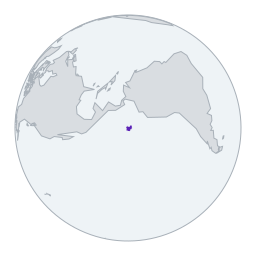 the Earth from above Galápagos, rotated 298°
{"feature_id": "ECU-1270", "entity_name": "Galápagos", "entity_type": "Province", "adm_level": 1, "iso_a3": "ECU", "parent_name": "Ecuador", "parent_adm1": "", "projection": "orthographic", "projection_center": [-90.747, 0.131], "detail": "fine", "context": "on_globe", "style": "filled", "palette": "violet", "viewbox_px": 256, "rotation_deg": 298, "n_neighbors": 0, "source": "natural_earth", "source_scale": "10m", "svg_char_len": 7720}
<svg xmlns="http://www.w3.org/2000/svg" viewBox="0 0 256 256"><g transform="rotate(298 128 128)"><circle cx="128" cy="128" r="113" fill="#eef3f6" stroke="#a8b0b8"/><path d="M19.8,159.2L20.0,160.0L19.8,159.2ZM152.2,112.0L149.6,110.8L147.1,114.1L137.8,108.8L134.2,102.3L104.4,92.9L101.0,89.8L100.6,84.6L89.0,68.8L94.8,83.9L90.6,81.1L87.0,75.8L88.7,74.3L85.8,66.8L81.8,64.2L80.4,55.3L86.1,44.2L87.5,45.6L88.7,43.1L87.0,41.3L85.5,40.8L87.2,32.4L82.4,29.7L77.5,31.4L81.2,29.3L69.7,34.7L65.0,36.4L72.4,33.0L74.8,31.6L72.6,31.8L74.5,30.5L74.5,30.0L77.0,28.5L81.2,27.0L82.9,26.1L81.2,26.4L82.7,25.4L84.9,25.0L87.7,23.3L95.1,21.3L98.9,23.0L105.1,21.9L114.5,24.1L115.7,23.2L120.0,23.9L123.0,23.2L123.9,24.2L125.6,22.9L124.2,22.2L124.4,21.5L126.1,21.1L127.5,22.1L126.9,22.4L128.1,22.6L128.1,23.3L129.1,22.8L130.6,24.3L131.5,22.3L134.8,23.2L135.1,24.3L131.9,24.8L124.7,29.7L124.0,31.6L126.3,33.6L137.5,35.7L138.1,37.9L141.3,40.4L142.4,38.7L140.3,36.3L143.2,34.2L140.4,31.8L141.1,30.7L139.5,28.4L143.2,28.3L147.7,29.5L149.3,31.6L151.3,32.4L152.6,30.2L158.2,34.4L166.6,37.8L167.7,39.2L164.8,41.5L157.7,41.6L153.9,46.0L159.9,42.8L162.5,46.8L164.4,47.5L166.3,47.3L166.7,45.8L168.3,47.2L163.0,50.6L161.4,49.3L163.1,48.1L159.8,48.3L156.3,51.2L157.9,53.3L150.8,56.5L151.9,58.2L150.9,60.1L149.7,57.1L151.8,62.7L143.7,69.5L146.3,80.3L140.0,72.0L135.4,71.2L130.0,71.6L130.3,73.3L122.7,72.4L116.5,76.4L115.1,85.2L118.4,91.9L126.8,91.8L128.9,87.9L134.8,86.9L131.4,97.4L141.9,98.6L141.4,106.6L144.5,110.6L149.5,109.4L154.8,111.3L158.2,106.6L163.8,104.0L164.3,110.5L167.1,104.5L170.5,107.6L181.4,107.3L180.7,108.8L190.0,116.5L199.3,119.9L201.5,124.8L200.5,127.8L203.6,128.7L203.6,130.6L215.1,133.8L220.4,138.9L219.8,145.8L214.6,153.6L207.8,170.2L197.8,175.6L193.9,182.2L183.9,191.8L178.0,191.0L178.3,195.8L173.9,198.6L169.8,198.8L167.9,202.1L164.7,202.2L166.0,204.4L159.4,208.6L159.5,212.0L154.3,215.4L154.4,217.3L153.0,217.3L151.1,218.0L150.5,219.1L146.8,217.2L147.4,212.8L150.0,210.5L148.1,210.1L153.8,204.1L151.2,205.3L154.5,196.2L159.4,188.6L165.3,166.3L163.5,161.8L155.7,156.7L146.5,140.3L149.4,133.5L147.2,130.3L154.5,120.7L152.2,112.0ZM31.5,91.6L32.1,89.1L32.5,90.5L31.5,91.6ZM32.0,87.7L31.9,88.5L31.9,87.9L32.0,87.7ZM31.7,87.3L31.9,87.6L31.6,87.5L31.7,87.3ZM31.1,87.2L31.5,87.1L31.4,87.2L31.1,87.2ZM146.2,84.0L158.1,89.2L151.8,90.0L152.9,88.9L149.8,86.8L144.2,84.9L138.5,86.2L146.2,84.0ZM30.6,86.1L30.5,85.8L30.9,85.5L30.6,86.1ZM150.5,77.8L148.5,77.5L150.4,77.4L150.5,77.8ZM84.5,40.9L86.7,41.5L87.6,43.8L85.6,43.4L84.5,40.9ZM83.1,37.2L84.7,36.8L83.2,39.1L82.8,38.6L83.1,37.2ZM73.6,33.1L75.0,33.0L73.0,33.6L73.6,33.1ZM74.1,30.2L73.1,30.7L73.5,30.3L74.1,30.2ZM137.5,28.6L138.5,28.5L138.3,29.0L137.5,28.6ZM135.9,27.8L135.0,28.5L134.1,28.2L134.7,27.8L135.9,27.8ZM77.8,27.7L78.9,27.0L78.5,27.4L77.8,27.7ZM137.2,27.1L132.6,27.7L131.1,27.3L131.9,25.4L137.2,27.1ZM79.9,26.4L82.4,25.0L80.4,25.9L87.6,22.9L83.1,24.8L83.0,25.1L81.7,25.6L79.9,26.4ZM123.0,22.1L124.6,22.9L121.8,22.7L123.0,22.1ZM121.2,22.2L112.2,23.3L110.7,22.3L114.0,22.0L110.9,21.2L114.6,20.2L117.2,20.4L117.4,21.2L118.6,20.2L121.2,22.2ZM91.2,21.6L92.4,21.1L91.9,21.3L91.2,21.6ZM124.3,21.2L122.6,21.4L121.2,20.5L124.4,19.9L123.8,20.4L124.3,21.2ZM108.3,21.6L107.8,21.0L110.7,20.0L110.9,19.6L114.6,20.1L108.3,21.6ZM125.0,20.4L126.0,19.7L128.1,19.9L125.9,20.9L125.0,20.4ZM119.6,20.5L119.1,20.1L120.4,20.1L119.6,20.5ZM136.3,20.5L134.3,20.5L133.4,20.0L136.3,20.5ZM126.2,19.5L125.5,19.4L124.9,19.3L126.0,18.9L126.2,19.5ZM116.3,19.4L117.6,19.2L115.0,19.1L117.0,18.5L119.1,19.0L119.1,18.6L119.7,18.4L120.7,19.0L116.3,19.4ZM125.4,18.2L128.8,19.0L132.6,18.9L133.5,19.3L127.1,19.3L125.4,18.2ZM122.6,18.6L124.5,18.4L124.6,18.9L123.4,19.3L122.6,18.6ZM117.6,18.0L114.0,18.8L113.6,18.7L117.6,18.0ZM126.5,18.1L125.6,17.9L126.7,18.0L126.5,18.1ZM120.3,17.9L119.1,18.1L118.7,18.0L120.3,17.9ZM125.0,17.5L126.1,17.7L125.3,17.9L125.0,17.5ZM122.9,17.6L122.7,17.4L124.3,17.9L122.3,17.7L122.9,17.6ZM120.2,17.7L119.6,17.7L120.8,17.6L120.2,17.7ZM127.5,16.7L129.8,17.4L128.0,17.8L126.0,17.1L127.5,16.7ZM152.4,221.1L146.9,217.9L150.2,219.4L153.7,217.7L156.2,220.1L152.4,221.1ZM162.3,216.7L165.7,215.8L166.1,216.3L163.9,217.1L162.3,216.7ZM216.0,57.6L218.3,60.7L218.9,61.9L217.2,60.4L209.4,51.2L209.0,49.7L206.2,47.0L202.2,43.4L202.4,43.5L200.7,42.0L200.5,41.8L208.6,49.3L216.0,57.6ZM87.9,22.8L87.6,22.9L80.4,25.9L80.1,26.0L87.9,22.8ZM76.2,28.0L75.6,28.3L76.2,28.0ZM240.1,116.9L239.4,119.5L237.8,114.6L232.2,99.4L231.2,93.1L228.4,86.1L219.0,62.2L220.1,63.1L219.7,62.6L224.3,69.6L228.4,76.9L231.9,84.5L234.8,92.3L237.2,100.4L239.0,108.6L240.1,116.9ZM225.7,73.7L226.8,75.7L225.7,73.7ZM181.8,107.2L183.1,108.4L181.4,108.5L181.8,107.2ZM151.2,92.6L153.6,92.7L154.9,93.6L153.1,94.0L151.2,92.6ZM170.8,92.4L173.5,93.0L170.8,93.5L170.8,92.4ZM159.9,89.9L168.7,92.3L163.6,94.2L158.0,92.8L161.7,92.2L159.9,89.9ZM149.9,81.4L151.4,81.8L151.1,82.9L149.9,81.4ZM151.9,77.8L151.4,77.9L150.5,77.0L151.9,77.8ZM162.8,46.6L163.3,46.4L165.3,46.5L164.6,47.2L162.8,46.6ZM172.9,43.8L175.3,46.2L173.1,44.8L172.5,45.9L167.3,44.6L168.0,39.8L168.6,42.1L172.9,43.8ZM160.4,41.9L163.7,43.0L160.1,42.0L160.4,41.9ZM191.9,35.6L193.1,36.2L195.3,37.9L196.7,39.5L193.6,37.0L191.9,35.6ZM198.9,40.4L199.9,41.5L198.2,39.9L197.1,39.3L194.2,36.9L187.8,32.7L186.6,31.8L188.3,33.0L188.2,32.8L191.0,34.7L193.7,36.5L198.9,40.4ZM173.4,26.5L170.6,25.5L171.7,24.8L174.2,25.8L175.8,27.2L173.8,26.8L173.4,26.5ZM139.6,24.1L138.4,24.3L138.0,24.0L138.7,23.4L139.6,24.1ZM135.5,20.5L144.1,22.8L143.3,23.1L149.4,24.5L149.5,26.0L145.5,25.0L150.2,27.4L146.6,27.1L150.0,28.7L141.2,26.3L138.2,26.4L141.5,25.6L141.5,24.2L140.6,23.6L135.8,22.1L129.4,22.0L128.3,20.8L129.3,20.1L130.7,19.9L130.9,20.6L132.6,19.9L134.0,20.9L135.5,20.5ZM141.4,16.3L141.1,16.4L144.7,16.7L146.1,17.0L146.5,17.0L148.8,17.5L152.2,18.3L152.3,18.4L153.6,18.7L155.1,19.1L156.9,19.6L157.8,20.1L160.1,20.8L159.2,20.7L162.8,21.7L160.6,21.3L162.4,22.0L163.6,22.1L164.3,25.6L166.4,28.0L169.3,30.4L165.0,29.7L159.6,27.2L154.1,24.3L152.8,22.3L151.1,22.5L150.0,21.7L151.8,21.8L148.3,21.2L147.8,20.6L143.0,19.0L138.3,18.7L136.4,18.3L138.0,18.1L135.0,17.9L136.8,17.3L135.5,17.1L135.9,16.5L139.8,16.6L138.0,16.3L138.3,16.1L141.4,16.3ZM127.8,16.5L132.1,16.2L135.0,16.3L133.0,17.4L133.9,17.7L132.8,18.7L128.6,18.5L129.3,18.2L129.0,17.9L130.4,18.1L129.1,17.7L130.1,17.3L129.3,17.0L130.9,17.0L127.8,16.5ZM19.9,159.7L19.8,159.2L20.0,160.1L19.9,159.7ZM91.6,21.4L92.3,21.2L91.0,21.6L91.5,21.5L91.6,21.4Z" fill="#d9dde1" stroke="#a8b0b8" stroke-width="1"/><path d="M127.9,129.7L127.9,129.8L127.8,130.0L127.7,130.0L127.4,130.2L127.2,130.3L126.9,130.3L126.7,130.3L126.7,130.2L126.5,129.9L126.9,129.6L127.0,129.6L127.3,129.5L127.3,129.4L127.2,129.3L127.1,129.2L126.9,129.0L126.9,128.9L126.7,128.7L126.8,128.6L126.7,128.6L126.7,128.4L126.4,128.4L126.3,128.2L126.5,128.2L126.8,128.0L127.0,128.2L127.0,128.3L127.1,128.5L127.2,128.8L127.3,128.8L127.5,129.0L127.6,129.3L127.6,129.5L127.8,129.5L127.9,129.7ZM129.1,129.3L129.1,129.5L128.9,129.7L128.8,129.8L128.7,129.8L128.6,129.7L128.4,129.6L128.4,129.4L128.5,129.3L128.9,129.2L129.0,129.2L129.0,129.3L129.1,129.3ZM126.7,129.1L126.4,129.2L126.2,129.1L126.2,128.9L126.4,128.8L126.5,128.8L126.6,128.7L126.6,128.8L126.7,129.0L126.7,129.1ZM130.8,129.6L130.9,129.8L130.7,129.9L130.7,130.0L130.4,130.1L130.2,130.1L130.3,130.0L130.4,129.9L130.5,129.8L130.5,129.7L130.8,129.6L130.8,129.6ZM128.4,128.8L128.3,129.0L128.2,129.0L128.0,128.9L127.9,128.9L127.8,128.7L128.0,128.6L128.3,128.8L128.4,128.8ZM128.7,130.7L128.7,130.8L128.4,130.8L128.5,130.8L128.5,130.7L128.7,130.7ZM128.5,127.7L128.4,127.7L128.5,127.5L128.5,127.7ZM130.1,130.9L130.2,131.0L129.9,130.9L130.0,130.9L130.1,130.9ZM127.9,127.0L128.0,127.0L127.9,127.1L127.9,127.0Z" fill="#8b5cf6" stroke="#5b21b6" stroke-width="1.5"/></g></svg>